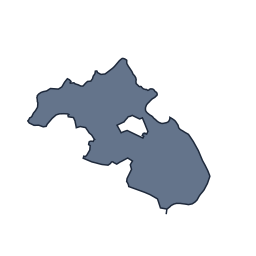 As Sabrah, Ibb, Yemen (Robinson projection), rotated 296°
{"feature_id": "15242507B42935945407521", "entity_name": "As Sabrah", "entity_type": "district", "adm_level": 2, "iso_a3": "YEM", "parent_name": "Yemen", "parent_adm1": "Ibb", "projection": "robinson", "projection_center": [44.337, 13.842], "detail": "fine", "context": "isolated", "style": "filled", "palette": "slate", "viewbox_px": 256, "rotation_deg": 296, "n_neighbors": 0, "source": "geoboundaries", "source_scale": "gbopen_adm2", "svg_char_len": 4671}
<svg xmlns="http://www.w3.org/2000/svg" viewBox="0 0 256 256"><g transform="rotate(296 128 128)"><path d="M83.3,100.6L81.2,101.0L81.7,110.4L82.6,114.6L83.1,117.3L83.8,120.6L85.1,124.2L85.9,126.4L88.3,127.7L90.3,128.1L91.0,129.2L90.7,129.9L90.6,133.7L94.0,135.8L95.4,136.9L99.3,139.7L100.9,140.9L100.3,146.5L98.3,146.3L95.9,146.2L92.4,149.3L87.8,149.3L83.4,149.3L82.2,149.3L79.2,150.3L78.8,151.3L78.2,152.0L77.3,153.1L76.5,153.8L75.7,154.3L76.5,161.7L77.1,167.4L77.5,171.2L77.8,177.1L77.2,185.6L75.7,187.1L70.4,192.2L72.2,198.5L73.1,199.1L73.4,199.1L75.4,200.1L77.2,200.7L79.8,202.6L81.5,204.6L83.3,208.4L83.3,208.6L84.7,212.7L85.1,214.0L85.5,215.5L85.6,215.9L88.0,219.0L90.9,220.7L93.5,221.6L97.7,221.8L99.2,222.0L99.8,222.1L100.7,222.3L103.4,223.0L105.8,223.5L106.6,223.5L109.8,223.6L110.5,223.6L112.8,223.7L120.3,222.8L121.1,222.2L124.6,218.4L128.3,213.6L131.4,209.2L138.5,201.1L144.4,192.7L147.1,188.1L148.8,185.1L149.1,180.4L149.3,179.1L149.4,177.5L149.5,176.1L149.8,174.8L150.5,173.4L151.1,172.9L151.8,172.3L152.4,171.8L152.8,171.2L153.2,170.5L153.5,169.9L154.0,169.2L154.3,168.6L154.7,167.9L155.0,167.2L155.3,166.4L155.4,165.6L155.5,164.9L155.7,164.1L155.7,163.4L155.8,162.6L155.9,161.8L155.9,161.0L155.4,161.3L153.8,161.7L153.0,161.7L151.5,161.6L150.7,161.1L149.6,160.2L148.6,158.9L147.8,157.9L147.1,156.8L146.7,155.6L146.7,154.6L146.7,154.4L146.6,153.7L146.6,152.8L146.8,152.0L146.9,151.2L147.1,150.5L147.4,149.8L147.5,149.0L147.8,148.3L147.9,147.9L147.9,147.5L148.1,146.8L148.4,146.1L148.8,145.4L149.0,144.6L149.2,143.8L149.2,142.9L149.3,142.1L149.4,141.3L149.6,140.6L149.8,139.8L149.9,139.0L150.2,138.3L150.5,137.5L150.9,136.9L151.3,136.2L152.0,135.8L152.6,135.4L153.3,135.1L154.0,134.8L154.7,134.7L155.5,134.6L156.1,134.6L156.8,134.5L157.5,134.6L158.2,134.8L158.9,135.0L159.7,135.2L160.4,135.5L161.1,135.8L161.8,135.9L162.6,136.2L163.4,136.5L164.0,136.7L164.7,137.0L165.3,137.3L166.0,137.8L166.6,138.2L167.3,138.6L167.9,138.9L168.6,139.1L168.8,139.1L169.0,139.2L169.6,139.6L170.2,139.7L171.0,139.5L171.6,139.1L172.1,138.6L172.5,138.0L172.6,137.3L172.6,136.6L172.9,135.9L173.3,135.3L173.6,134.6L173.8,133.9L173.8,133.1L173.7,132.6L173.4,131.9L173.1,131.2L172.5,130.6L172.1,130.3L171.8,130.3L171.2,130.0L170.9,129.8L170.6,129.5L170.5,129.4L170.5,129.0L170.6,128.6L170.7,128.1L170.7,127.9L170.7,127.6L170.3,127.0L170.2,126.1L170.0,125.4L169.9,124.6L170.1,123.9L170.3,123.2L170.6,122.4L171.0,121.8L170.9,121.1L170.6,120.8L170.3,120.5L170.3,119.3L170.6,118.7L171.5,115.8L172.1,115.5L172.7,115.1L173.3,114.7L174.0,114.5L174.6,114.3L175.3,114.0L175.8,113.5L176.4,113.1L176.9,112.4L177.3,111.8L177.7,111.2L178.0,110.5L178.3,109.8L178.5,109.1L180.5,106.7L182.6,103.1L183.8,101.0L185.5,98.6L188.0,97.3L188.3,97.2L188.5,96.6L188.5,95.8L188.7,94.9L188.6,94.4L188.5,93.5L188.0,92.3L186.1,91.3L183.9,90.5L182.9,90.3L177.5,88.9L175.8,88.3L174.6,87.8L173.4,87.2L168.2,84.6L166.5,83.7L164.3,80.2L164.5,76.1L165.5,75.3L165.5,74.8L164.8,73.7L162.3,74.5L159.4,74.0L156.7,74.5L153.8,74.0L152.1,71.2L149.6,70.2L147.4,69.6L145.9,69.1L145.0,67.2L145.0,64.2L144.5,61.0L144.8,60.3L144.9,59.9L144.9,59.5L144.7,59.3L143.8,57.8L143.7,57.6L143.0,56.5L143.7,56.0L144.9,56.3L145.7,54.1L145.7,51.9L142.2,51.1L141.1,50.9L136.8,50.6L135.9,50.5L132.5,48.4L131.7,46.5L131.1,45.0L129.5,41.0L125.6,38.6L123.7,36.1L121.9,34.3L119.5,32.9L117.3,32.3L116.9,32.5L116.3,32.7L115.6,32.7L115.4,32.8L113.9,33.9L111.9,35.0L111.2,35.9L109.5,36.6L107.0,37.6L105.0,37.4L103.3,37.3L102.4,37.1L99.8,36.5L97.1,36.5L96.0,36.5L95.4,36.2L95.0,36.0L94.5,35.6L94.0,35.2L91.8,35.2L91.2,35.1L90.8,34.8L90.4,34.9L89.2,37.1L89.2,42.3L90.1,44.1L91.4,46.6L91.9,51.3L93.6,53.7L96.0,53.7L98.0,54.2L100.2,54.8L103.4,55.6L105.3,56.4L108.3,57.7L109.5,58.9L110.7,60.2L111.9,62.5L112.7,64.0L114.2,67.5L114.2,68.9L113.1,68.5L111.9,69.4L113.5,74.4L112.2,75.9L111.0,77.4L110.1,78.0L108.3,79.4L106.6,80.7L105.6,81.4L106.9,82.8L108.4,84.4L109.1,87.1L109.8,89.7L108.9,91.2L108.0,92.9L106.6,95.2L105.8,98.4L103.9,101.4L103.1,102.9L102.9,102.6L100.7,102.6L99.9,100.4L98.8,99.2L97.0,99.5L95.8,99.9L95.6,101.7L91.5,103.3L85.6,102.9L83.6,102.2L83.3,100.6ZM125.5,145.8L125.4,128.3L123.2,126.1L121.1,124.2L120.7,123.9L122.1,122.0L124.4,118.7L125.7,116.9L132.0,121.9L132.7,121.9L135.1,122.5L136.8,123.0L138.1,123.2L138.6,123.6L139.0,124.3L139.4,124.8L140.0,125.3L140.6,125.8L141.2,126.2L141.2,134.5L143.4,136.5L141.1,139.1L138.9,141.6L137.4,143.2L133.8,147.2L133.7,147.4L130.7,147.4L130.6,146.5L130.7,146.3L130.8,145.7L130.7,145.4L130.5,145.7L130.4,145.8L130.1,145.1L129.6,144.1L127.5,144.1L127.5,144.4L127.4,145.8L125.5,145.8ZM72.1,198.5L68.5,199.7L67.8,199.9L67.3,200.1L72.1,198.5Z" fill="#64748b" stroke="#1e293b" stroke-width="1.5"/></g></svg>